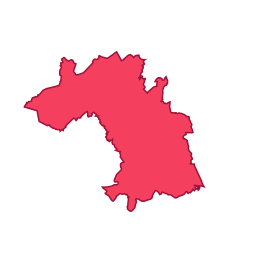 outline of San Pablo Anicano, Puebla, Mexico, rotated 44°
{"feature_id": "50627088B54927007097368", "entity_name": "San Pablo Anicano", "entity_type": "district", "adm_level": 2, "iso_a3": "MEX", "parent_name": "Mexico", "parent_adm1": "Puebla", "projection": "albers", "projection_center": [-98.14, 18.141], "detail": "fine", "context": "isolated", "style": "filled", "palette": "rose", "viewbox_px": 256, "rotation_deg": 44, "n_neighbors": 0, "source": "geoboundaries", "source_scale": "gbopen_adm2", "svg_char_len": 5847}
<svg xmlns="http://www.w3.org/2000/svg" viewBox="0 0 256 256"><g transform="rotate(44 128 128)"><path d="M57.3,95.8L57.0,96.2L57.4,96.9L58.3,97.6L58.1,100.2L55.9,101.9L56.2,104.6L57.5,105.5L57.6,119.2L55.0,124.5L53.3,125.9L51.9,125.4L49.8,125.3L49.2,124.7L46.0,118.0L44.2,118.7L43.3,118.6L41.5,117.7L41.0,117.7L39.7,118.3L39.0,120.7L38.5,121.3L37.0,121.7L36.5,121.6L35.1,121.8L33.8,121.5L32.9,121.9L32.8,122.3L32.5,124.6L32.9,125.0L35.3,125.7L35.5,126.0L35.1,127.4L34.5,128.0L35.3,128.7L36.1,129.2L36.3,129.7L36.1,130.2L37.7,130.4L38.8,132.5L38.7,133.5L40.0,135.0L40.1,135.5L41.1,136.0L41.9,137.2L43.7,136.9L44.1,137.1L47.2,141.2L47.0,141.8L47.4,142.0L48.8,145.3L46.2,149.8L42.0,156.3L40.7,160.0L41.1,165.5L40.2,166.9L41.2,168.0L40.8,168.4L40.5,169.2L39.7,169.6L39.5,170.3L39.7,170.7L39.6,171.1L39.0,171.3L38.6,172.1L38.3,172.9L38.9,174.1L38.9,174.5L39.6,175.3L39.7,175.6L39.2,176.9L38.1,178.2L38.4,179.8L38.1,180.0L37.5,180.2L38.2,181.1L38.0,182.2L38.4,183.1L38.6,184.9L38.4,185.2L50.0,179.0L51.3,179.0L52.2,179.9L59.5,185.0L68.3,182.4L69.1,180.6L70.6,180.5L71.0,181.0L72.0,180.6L73.8,180.5L74.9,179.4L76.8,179.2L77.0,178.8L78.2,178.4L79.7,176.9L80.8,177.0L81.4,177.5L81.5,175.3L83.2,174.7L82.3,173.6L82.7,170.4L82.2,170.0L81.7,170.0L82.1,158.5L82.7,158.3L85.5,158.7L85.5,157.7L85.2,156.7L84.8,156.3L85.0,155.5L85.4,154.9L86.2,154.6L86.9,153.4L86.3,152.6L86.4,151.7L86.3,149.7L86.6,148.9L86.4,148.2L87.0,144.9L87.1,144.6L88.8,145.2L89.3,146.0L90.4,147.0L91.5,147.7L91.9,147.5L92.4,145.9L93.4,144.9L93.0,143.3L92.0,142.8L92.5,140.5L94.0,140.5L95.9,140.0L96.3,142.1L98.5,140.0L98.8,141.2L100.4,141.4L101.0,142.0L102.3,141.5L102.8,142.4L103.4,142.8L104.2,142.8L104.0,143.8L107.5,144.1L108.2,143.6L108.8,143.9L108.8,143.1L109.2,143.1L110.6,143.3L110.8,144.4L113.2,144.4L113.2,144.7L114.3,144.9L115.7,144.9L115.9,145.4L116.2,147.3L116.7,147.6L116.9,147.4L116.7,146.0L116.8,145.6L117.1,146.6L117.7,147.3L118.3,149.2L118.0,149.6L118.2,150.0L119.3,150.1L120.1,150.6L121.8,151.3L122.1,151.1L122.1,150.6L122.3,150.0L123.1,150.7L124.3,150.5L124.1,149.0L124.7,148.1L124.8,147.1L125.5,148.3L126.2,148.7L126.8,149.7L127.7,150.2L128.1,150.3L128.9,149.8L130.2,149.7L130.4,150.2L130.9,150.5L132.1,150.9L134.5,150.7L134.9,151.4L134.5,152.6L138.4,151.1L138.5,150.4L139.1,150.4L139.7,151.7L140.1,152.0L141.3,152.4L142.1,153.7L142.8,154.3L148.7,155.3L147.7,157.4L147.5,158.6L148.2,159.9L150.3,161.4L151.7,161.8L152.0,162.2L152.2,163.4L152.1,169.3L154.1,174.6L154.4,175.1L155.0,175.6L156.1,175.9L156.6,175.5L157.3,174.3L157.9,173.9L158.4,173.9L159.0,174.1L159.3,174.4L159.8,175.8L159.7,176.2L157.5,178.4L156.7,181.0L154.4,184.5L151.9,187.2L150.6,188.2L152.1,188.6L156.5,187.9L157.2,189.9L157.2,190.2L156.9,190.7L157.3,190.9L158.1,191.0L161.1,190.1L166.1,191.3L167.2,191.3L167.8,191.1L168.2,190.7L168.0,187.4L167.8,186.5L167.2,186.0L167.6,181.1L168.1,180.5L169.6,179.8L170.1,179.4L171.2,177.7L172.8,177.5L172.9,176.7L173.4,176.6L174.2,176.7L173.3,176.7L175.3,177.1L176.1,177.0L176.6,177.2L175.9,177.7L176.2,178.3L177.4,178.5L182.4,184.9L182.2,185.2L183.6,186.3L184.2,186.6L186.1,186.6L187.4,186.2L188.1,185.7L188.5,184.0L188.2,180.6L186.5,177.7L185.5,175.6L184.8,174.9L183.2,174.1L183.1,173.2L184.4,172.3L185.8,171.6L187.1,171.6L189.4,170.7L190.0,169.7L190.5,169.4L192.4,165.6L193.6,163.6L193.9,162.3L193.7,161.4L192.3,159.0L191.4,155.4L191.2,153.9L192.3,153.3L194.6,153.1L195.4,153.2L196.4,153.7L197.1,153.8L197.7,152.4L197.2,150.3L197.5,150.1L200.6,149.0L201.7,148.2L203.3,148.2L204.8,146.7L205.7,146.1L207.3,146.1L210.5,145.5L211.4,144.3L212.2,141.3L213.5,139.2L214.4,136.8L214.1,133.4L214.3,133.1L214.9,132.9L215.6,133.2L216.7,133.3L217.0,131.8L217.8,131.3L217.8,128.7L217.2,127.8L217.2,127.1L219.3,127.0L219.3,126.5L218.8,125.2L219.2,125.2L219.6,124.3L219.5,124.1L218.0,124.2L216.0,123.2L215.9,122.7L217.0,122.0L218.2,122.3L218.7,122.1L219.8,122.3L219.9,123.2L220.4,122.8L220.6,123.0L220.4,123.5L221.7,124.0L221.8,123.3L221.4,121.9L221.0,121.6L221.1,121.1L220.6,120.6L220.4,120.9L218.9,120.7L221.0,118.7L223.5,117.4L220.2,116.5L217.7,115.1L202.1,109.0L200.6,107.9L199.4,109.3L198.4,109.6L198.3,110.1L197.7,110.2L197.9,109.5L195.8,107.5L195.7,106.4L195.9,105.6L194.8,104.9L192.7,104.5L192.2,103.1L191.1,102.1L188.3,102.1L186.2,101.2L185.0,100.2L184.7,99.3L182.8,98.4L181.9,97.6L181.1,97.2L180.5,97.2L179.3,95.8L176.8,96.4L176.9,96.2L176.2,96.3L175.7,96.5L175.4,97.0L174.0,96.6L173.5,95.0L174.2,92.2L172.7,91.2L174.0,90.2L174.8,89.2L177.5,86.8L177.9,86.1L175.2,84.5L172.5,83.5L172.2,82.3L171.3,81.0L169.2,80.5L167.2,79.5L165.9,79.3L165.2,78.3L164.1,77.6L163.6,77.7L162.9,78.2L162.6,79.0L161.6,78.9L159.3,79.2L156.5,80.4L154.2,81.8L153.7,83.1L153.3,83.5L151.9,83.6L151.7,83.9L151.8,84.3L151.4,84.3L150.7,85.2L149.6,85.7L148.9,86.8L147.7,86.8L142.7,83.5L141.5,81.6L140.1,80.0L139.6,81.0L138.8,83.9L138.4,83.9L137.2,84.6L136.8,85.2L135.0,84.6L133.3,85.8L133.2,83.3L132.1,83.0L128.4,78.2L127.0,77.1L125.3,73.9L125.2,71.5L125.9,70.5L125.8,69.7L125.4,69.6L125.1,68.8L125.3,68.4L123.7,66.5L119.7,64.7L119.9,67.0L120.5,67.9L120.3,68.9L119.7,69.6L118.8,69.5L118.2,69.0L116.1,69.6L115.9,70.2L115.3,70.3L114.9,70.8L114.5,73.1L115.2,75.8L116.8,74.3L118.9,77.3L119.5,77.6L120.1,77.2L118.0,80.7L117.3,88.1L117.7,89.4L112.2,89.3L112.3,87.9L112.1,87.0L111.7,86.7L108.8,86.1L107.5,82.8L106.7,82.4L106.5,81.0L106.0,80.4L105.1,82.0L103.6,81.9L102.7,81.0L102.3,81.4L102.7,85.0L100.8,84.2L101.7,82.5L101.9,81.2L101.7,81.0L100.6,81.8L99.0,79.3L99.3,78.8L99.3,77.7L98.7,77.1L97.8,76.9L97.2,74.0L96.0,73.2L94.9,73.5L94.6,72.8L95.1,72.7L95.4,72.2L95.4,70.5L94.2,70.4L93.9,70.2L93.7,69.6L93.0,69.4L92.5,68.6L92.7,67.2L91.9,68.1L89.6,69.4L87.9,69.4L85.7,68.8L85.6,68.2L85.1,68.1L83.1,70.8L83.0,73.4L80.5,73.2L78.7,73.6L77.8,75.1L77.5,76.7L77.2,81.3L77.5,81.3L76.7,84.1L66.9,81.1L66.3,83.9L66.2,85.1L64.8,92.2L59.6,95.2L57.3,95.8Z" fill="#f43f5e" stroke="#9f1239" stroke-width="1.5"/></g></svg>